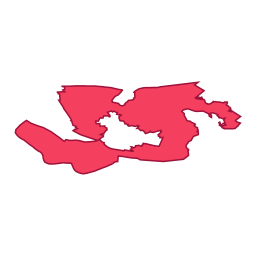 the district of Salaspils pag., Salaspils, Latvia
{"feature_id": "27541924B60067262699330", "entity_name": "Salaspils pag.", "entity_type": "district", "adm_level": 2, "iso_a3": "LVA", "parent_name": "Latvia", "parent_adm1": "Salaspils", "projection": "natural_earth1", "projection_center": [24.381, 56.873], "detail": "fine", "context": "isolated", "style": "filled", "palette": "rose", "viewbox_px": 256, "rotation_deg": 0, "n_neighbors": 0, "source": "geoboundaries", "source_scale": "gbopen_adm2", "svg_char_len": 5806}
<svg xmlns="http://www.w3.org/2000/svg" viewBox="0 0 256 256"><path d="M188.3,152.4L188.1,151.2L187.9,150.9L188.7,150.0L188.5,149.4L187.5,148.7L186.8,148.1L186.1,146.8L186.1,146.1L186.3,144.9L188.0,142.9L188.5,141.6L191.1,140.5L193.3,136.5L198.3,134.6L198.4,132.7L197.5,131.8L197.0,131.5L197.2,131.2L198.2,131.1L198.2,130.8L198.0,129.8L197.4,128.2L197.4,127.6L195.7,127.0L194.2,125.7L195.4,124.6L195.3,124.3L194.5,123.7L191.6,122.4L189.9,121.1L187.2,120.9L184.2,115.3L184.2,113.5L181.8,111.6L182.7,110.3L185.2,109.3L187.1,109.0L187.6,108.7L193.9,110.9L195.5,111.3L196.9,111.4L203.3,111.1L207.7,113.4L209.4,113.8L208.9,114.5L209.2,116.0L210.7,117.2L211.5,117.5L211.5,115.2L211.0,115.0L210.6,114.5L210.6,113.4L210.8,113.1L212.5,112.9L214.0,113.2L217.7,114.5L217.1,115.5L217.4,115.8L218.7,116.4L218.4,116.7L219.2,117.9L220.0,117.7L221.2,118.0L222.9,118.8L223.8,118.6L224.5,118.2L225.0,118.1L224.8,118.5L224.0,119.7L223.8,120.1L223.9,120.5L224.6,121.6L224.9,123.0L222.9,123.4L223.1,123.8L223.9,123.6L225.1,123.6L225.8,124.8L225.1,124.7L225.3,125.2L223.3,125.7L223.2,125.5L222.0,125.0L220.5,124.1L219.8,122.1L218.9,122.5L219.5,124.4L220.0,124.7L220.0,124.9L220.1,125.0L221.0,125.0L221.8,125.2L221.5,125.6L221.6,125.8L221.5,126.0L220.7,126.0L222.3,126.9L222.5,127.3L222.2,127.6L223.7,128.5L225.5,128.6L225.4,128.8L228.1,128.7L232.5,128.8L235.2,128.4L237.2,126.4L237.6,126.4L237.8,126.2L238.3,125.3L240.4,123.1L236.3,121.6L235.5,120.4L240.6,116.5L231.8,110.9L231.4,111.2L231.1,111.8L228.9,111.0L230.5,110.4L230.7,110.2L229.3,110.0L229.5,109.6L230.2,109.5L230.5,109.3L230.7,108.7L230.4,107.9L229.8,107.3L228.7,106.8L228.1,106.2L228.1,105.9L226.3,104.8L227.4,102.9L227.2,102.0L224.4,102.1L224.4,102.6L223.5,102.8L220.9,102.4L218.7,101.9L216.9,102.1L215.8,101.6L214.2,101.9L213.4,101.4L213.0,101.5L213.0,102.2L210.0,103.9L209.0,104.0L208.1,104.3L208.0,104.2L207.9,103.9L207.0,103.5L206.6,103.7L205.2,102.5L205.1,102.3L205.1,101.6L204.8,100.7L204.3,99.9L203.9,99.5L202.9,99.3L200.7,99.4L200.5,99.0L199.5,99.0L199.1,99.2L198.4,98.5L197.8,98.8L197.4,98.4L198.9,97.6L202.1,98.0L201.7,97.2L201.1,97.6L200.5,97.6L198.2,97.1L197.9,97.9L196.4,98.8L195.4,97.9L196.6,96.9L198.8,95.0L204.1,90.7L194.6,85.0L198.0,82.3L160.5,86.8L157.4,87.5L152.6,87.5L151.7,87.8L151.2,87.5L148.8,87.7L148.0,87.6L144.6,87.7L143.5,87.8L139.2,88.8L138.3,89.2L134.8,91.3L134.2,91.9L133.9,92.4L134.8,92.7L134.7,93.0L134.9,97.6L133.6,98.2L133.5,99.6L131.1,100.2L128.7,100.3L128.2,100.6L127.9,101.2L127.0,102.0L126.3,102.3L124.6,104.1L124.9,104.5L124.6,105.0L122.4,105.9L120.0,105.3L118.5,103.4L112.5,102.2L112.6,101.9L111.8,100.6L114.2,97.4L115.4,96.2L118.2,94.9L120.8,92.3L122.4,90.2L122.1,89.9L118.5,89.4L111.0,87.6L103.6,86.9L103.4,86.8L102.6,86.7L96.5,86.2L94.9,86.0L86.8,86.0L84.9,85.9L75.6,85.9L70.1,86.2L61.5,86.2L64.5,87.1L64.7,87.6L64.7,89.3L62.8,90.0L63.8,90.8L64.7,91.7L60.5,91.9L57.4,92.1L57.4,92.3L57.6,92.4L58.4,93.8L59.6,94.0L60.1,100.2L58.7,100.2L63.8,108.1L63.6,108.4L67.6,114.0L71.2,119.5L71.4,119.9L70.8,120.6L71.8,121.3L72.3,123.2L73.0,125.3L76.2,126.5L75.5,127.6L77.4,128.5L75.2,129.7L74.6,129.4L73.0,130.7L79.4,134.1L81.4,135.0L95.0,139.6L97.7,140.4L96.2,140.9L95.2,141.2L90.1,141.7L84.5,142.1L84.3,142.0L84.3,141.9L81.6,141.2L78.4,140.4L75.3,140.2L72.1,140.4L69.6,140.4L65.9,139.6L64.2,141.4L59.5,137.7L51.4,131.9L43.4,127.6L37.1,125.6L31.1,123.3L26.5,120.4L23.8,122.2L20.0,125.2L15.8,129.8L15.8,130.8L15.5,131.6L15.4,132.7L16.2,134.0L17.5,135.7L19.2,137.2L20.5,138.2L23.9,140.0L29.5,144.4L33.3,147.1L35.1,148.8L37.4,150.4L38.6,151.2L39.8,151.7L40.9,152.5L41.7,153.3L42.6,154.9L43.1,157.0L43.3,158.7L43.9,160.4L44.8,162.1L47.0,163.2L49.0,163.9L49.9,164.0L54.5,163.9L60.9,163.1L62.2,162.8L71.4,163.3L72.1,165.0L73.7,168.7L74.5,169.9L75.8,171.2L76.9,171.9L80.2,173.2L82.6,173.7L84.1,173.7L86.5,173.3L93.2,171.5L94.8,171.0L103.6,167.5L106.2,166.6L111.2,164.4L113.2,163.3L113.8,162.7L115.0,161.9L117.3,161.5L117.7,161.6L118.2,156.1L121.5,156.3L131.3,157.9L137.5,158.3L140.1,159.8L163.3,161.5L183.5,159.3L188.6,155.4L188.3,152.4ZM104.0,133.2L106.3,130.1L106.8,130.2L107.0,129.5L106.7,128.3L106.8,128.1L105.4,127.4L104.7,126.5L104.8,126.0L100.1,126.2L99.7,124.1L99.8,123.5L96.2,123.7L95.6,121.2L98.4,121.1L100.0,118.0L102.9,118.1L103.9,115.9L108.0,115.9L108.5,116.1L108.9,116.6L109.2,116.8L110.0,116.6L109.8,116.1L109.9,115.7L109.7,115.0L109.4,114.9L107.5,112.3L111.4,111.0L112.6,112.0L113.9,111.1L115.7,112.1L117.2,112.5L116.6,114.3L120.1,114.8L120.1,114.7L121.3,115.0L121.1,115.4L120.2,115.3L119.6,116.7L119.1,116.5L119.0,118.1L119.4,118.9L119.9,120.6L120.3,120.9L123.2,120.9L124.9,122.8L125.0,123.0L124.8,123.7L128.1,124.4L127.6,125.2L127.8,125.4L127.9,125.2L129.1,126.2L131.5,125.6L135.4,126.4L137.1,125.9L137.6,125.4L138.9,126.0L136.9,128.4L138.3,128.3L140.4,130.4L140.7,130.6L142.1,130.3L143.5,130.8L145.5,133.6L149.5,132.2L149.9,131.9L150.2,131.1L150.6,130.8L150.1,131.9L150.2,132.0L153.3,132.5L157.5,131.1L158.6,131.0L160.8,130.3L161.4,130.9L160.9,131.4L160.8,131.9L161.1,132.1L160.0,133.2L158.7,134.2L158.6,134.5L158.1,134.7L158.5,136.3L159.8,136.2L159.9,137.7L162.9,137.5L161.0,142.1L159.1,146.2L156.9,146.1L153.7,145.6L145.5,143.6L145.3,143.8L143.3,143.3L143.0,143.9L142.9,143.9L142.6,144.3L142.9,144.4L142.5,145.2L142.2,145.2L141.7,146.2L138.8,145.3L138.2,145.5L135.6,145.7L135.3,147.0L133.3,147.8L132.2,146.9L131.1,146.9L131.9,147.8L131.9,148.5L130.6,149.2L133.1,151.0L133.1,151.3L131.4,151.1L131.5,150.7L130.7,150.6L130.6,151.0L124.5,149.9L124.0,150.8L112.7,149.0L111.0,148.5L109.7,148.1L107.9,147.2L106.8,146.5L104.8,144.9L104.7,144.5L103.9,143.8L104.2,142.7L103.8,142.6L103.6,142.6L101.8,141.8L101.3,141.3L100.6,140.4L100.1,140.0L99.6,139.8L99.0,139.9L98.5,140.1L98.4,140.1L101.0,138.0L103.3,136.6L102.9,135.6L103.4,135.1L100.6,134.6L102.0,133.9L104.0,133.2Z" fill="#f43f5e" stroke="#9f1239" stroke-width="1.5"/></svg>